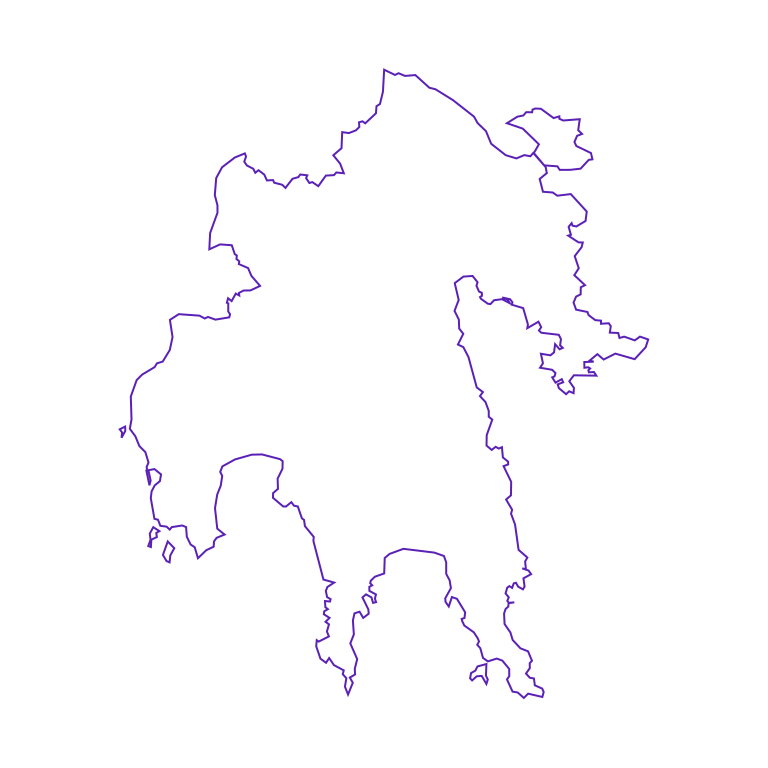 outline of Peloponnisoy, Peloponnisos, Greece, rotated 6°
{"feature_id": "26713481B43531359458460", "entity_name": "Peloponnisoy", "entity_type": "district", "adm_level": 2, "iso_a3": "GRC", "parent_name": "Greece", "parent_adm1": "Peloponnisos", "projection": "equal_earth", "projection_center": [22.613, 37.264], "detail": "fine", "context": "isolated", "style": "outline", "palette": "violet", "viewbox_px": 768, "rotation_deg": 6, "n_neighbors": 0, "source": "geoboundaries", "source_scale": "gbopen_adm2", "svg_char_len": 6155}
<svg xmlns="http://www.w3.org/2000/svg" viewBox="0 0 768 768"><g transform="rotate(6 384 384)"><path d="M164.4,342.6L168.8,359.5L167.4,372.6L161.6,384.8L156.0,387.2L154.1,391.2L142.4,400.0L137.6,406.0L133.5,422.9L136.6,445.6L135.9,455.1L142.2,462.0L147.2,471.3L153.8,476.7L158.0,486.7L156.6,491.5L157.6,494.7L164.6,492.6L171.7,497.2L171.3,504.0L166.6,508.8L164.1,515.0L164.0,521.9L169.8,542.1L173.4,542.6L176.4,548.4L182.7,548.6L186.1,551.2L187.9,548.5L198.2,545.8L202.1,547.0L203.9,556.6L208.5,563.9L212.8,566.1L217.2,576.7L224.6,567.9L231.6,563.6L231.4,558.3L233.6,554.5L241.2,550.4L233.3,545.3L228.9,525.1L229.7,511.3L232.3,502.0L232.7,492.3L230.3,488.5L231.9,482.8L243.7,474.6L259.9,468.1L270.1,466.8L288.5,469.6L291.3,471.4L291.9,478.9L288.1,489.2L289.5,499.4L285.1,504.1L285.5,508.8L296.5,516.3L299.3,516.1L304.2,511.2L307.3,514.5L311.1,514.8L316.4,526.2L318.7,527.5L320.2,533.6L330.1,543.4L330.2,547.5L344.2,584.8L355.2,586.7L348.9,591.8L347.8,595.9L349.7,601.9L353.4,603.6L353.0,606.0L348.0,606.0L349.0,612.1L351.7,613.8L348.3,616.3L348.3,619.3L354.3,622.3L350.7,626.6L354.4,628.8L353.1,636.1L355.6,640.8L346.0,647.0L343.9,645.8L344.0,651.9L349.5,663.8L355.5,667.3L358.1,662.3L363.6,668.8L373.9,673.0L373.3,676.9L377.3,680.5L376.8,689.1L380.7,696.6L384.2,684.4L380.7,679.5L385.6,675.9L384.7,670.3L386.1,660.4L377.6,645.5L380.2,636.2L377.8,622.5L378.6,615.2L383.5,613.0L387.8,618.8L392.8,614.0L392.0,609.8L384.9,598.5L388.1,595.1L393.8,597.5L396.0,602.8L398.9,601.8L397.4,598.4L398.0,594.1L391.1,591.3L390.6,587.3L393.3,585.4L391.1,583.6L391.4,581.0L395.1,576.6L404.0,572.4L402.9,557.0L407.3,552.4L420.5,545.9L451.6,546.4L461.6,548.8L464.5,554.9L465.7,566.3L469.8,572.4L471.9,580.0L467.3,590.8L468.0,594.3L471.7,598.5L473.8,588.8L479.0,590.0L488.6,602.6L488.5,608.3L485.8,609.5L486.6,611.7L489.1,615.8L499.3,621.6L503.8,627.1L505.4,630.1L504.0,633.6L507.4,636.7L511.1,646.1L516.3,649.0L524.8,645.3L530.6,646.7L538.3,654.3L539.1,661.4L537.2,665.0L544.0,676.5L549.2,676.8L555.9,681.6L559.7,676.9L574.2,678.7L575.0,673.6L573.2,670.4L565.5,667.9L563.9,661.2L559.7,660.9L555.5,657.1L558.7,651.4L558.1,646.4L560.1,643.8L555.2,634.8L547.3,632.6L538.7,625.1L535.7,617.9L529.0,610.1L527.4,599.6L528.5,594.9L530.9,592.4L530.8,589.0L536.4,587.5L531.1,588.6L529.3,586.8L530.4,583.1L526.8,579.6L527.8,573.8L529.8,571.9L532.7,573.4L533.9,568.7L536.0,567.9L538.6,571.5L543.6,573.7L545.0,570.8L543.0,562.7L550.2,557.7L547.2,554.4L540.7,552.9L544.5,553.4L542.9,545.8L544.7,541.6L535.2,534.9L529.0,510.0L523.9,499.7L524.6,495.7L517.5,486.1L521.9,481.5L520.7,468.0L511.5,453.2L515.9,451.0L515.5,448.2L509.9,444.6L507.9,434.5L504.9,436.2L501.6,434.8L498.0,438.3L492.4,434.5L491.5,424.1L495.4,408.1L491.6,405.6L491.0,399.8L486.8,391.3L480.7,386.0L483.2,381.7L476.6,377.7L465.2,348.4L459.0,339.0L453.4,337.0L457.6,325.8L453.0,321.0L451.7,312.1L446.5,303.9L449.5,292.6L443.8,276.3L451.7,268.9L460.8,267.3L466.4,273.0L465.7,276.7L468.9,282.2L471.7,283.0L472.2,286.0L470.4,287.5L471.5,289.1L478.8,293.3L481.5,293.4L484.7,289.2L492.5,287.3L500.6,290.5L498.0,287.0L492.5,285.6L500.5,286.5L503.2,289.3L502.8,291.8L514.5,294.0L520.9,309.7L520.7,313.5L531.1,305.9L534.4,311.1L532.5,314.6L535.1,316.6L552.7,316.8L555.3,320.9L555.1,327.1L558.0,329.4L555.0,331.1L550.0,326.5L549.8,334.8L546.5,338.1L536.9,337.5L539.9,346.8L537.5,351.5L549.8,352.3L553.4,355.2L552.8,358.6L550.6,359.8L554.4,364.7L560.3,360.6L562.0,363.6L556.8,366.2L558.3,369.8L566.2,375.1L568.9,371.9L573.5,373.3L573.3,368.0L568.0,361.9L571.9,355.5L594.3,353.5L591.5,350.1L586.6,351.0L585.8,349.0L587.4,347.0L585.4,346.0L581.6,346.9L580.9,341.2L590.2,339.9L586.2,339.1L593.1,332.0L599.9,336.7L610.9,329.6L630.7,333.1L640.4,320.1L642.1,312.1L633.6,310.1L628.9,314.4L617.9,311.8L613.4,313.6L611.6,308.8L603.2,309.3L603.5,302.8L601.2,300.1L593.5,301.4L593.2,298.3L587.4,298.4L580.3,294.1L578.8,291.1L567.3,290.0L564.0,283.2L565.9,277.0L570.2,274.3L569.6,267.2L573.6,264.7L561.9,255.9L565.6,248.5L560.3,236.9L566.2,227.3L566.9,222.5L562.6,222.8L551.7,217.2L554.3,216.1L551.2,208.4L553.8,204.4L554.9,206.8L558.9,207.2L567.4,200.8L567.6,191.3L549.9,175.6L536.7,178.6L531.8,175.9L522.0,176.2L517.4,163.8L523.9,157.2L522.1,151.4L508.3,138.6L505.8,142.2L499.6,141.7L492.1,145.8L481.1,143.7L465.5,133.9L459.0,121.9L449.8,114.7L445.6,108.7L423.1,94.6L404.4,85.5L398.1,84.6L382.9,73.5L372.6,75.4L366.0,73.4L362.6,75.5L351.3,71.4L352.4,93.5L350.7,106.0L347.5,108.5L347.7,115.6L338.1,126.7L335.1,125.0L331.8,126.4L332.6,131.0L329.5,134.7L322.9,138.1L316.1,137.9L317.1,153.9L309.7,161.8L317.3,169.4L322.0,178.6L314.5,178.6L312.4,181.5L304.4,182.8L298.0,194.1L291.6,190.7L288.8,191.9L285.0,187.4L285.9,184.5L278.8,184.4L277.2,187.2L271.5,189.5L265.5,199.3L262.0,196.5L253.8,195.3L252.3,192.8L246.3,193.8L243.0,188.2L236.8,184.5L233.9,187.4L231.5,183.6L224.8,181.0L221.8,177.5L223.0,172.2L221.5,169.2L211.9,174.4L200.3,185.4L195.6,196.7L196.0,213.9L199.7,223.7L200.5,231.1L195.3,252.0L196.2,268.3L206.4,262.3L218.1,261.9L222.0,270.4L224.2,271.6L224.2,275.1L227.2,277.1L227.1,279.9L236.7,282.9L240.9,290.4L250.5,299.4L241.4,304.9L234.6,305.7L230.2,308.6L230.8,311.1L227.1,309.6L223.8,317.5L220.0,315.0L219.2,319.6L220.7,320.1L221.5,328.1L223.6,330.7L223.1,333.9L209.6,337.6L201.9,335.7L198.9,337.6L193.3,335.3L172.6,336.0L164.4,342.6ZM551.0,100.2L534.7,103.2L530.7,101.9L530.4,99.5L524.9,101.8L511.3,93.9L505.8,94.2L503.0,95.6L502.9,98.3L497.0,98.8L494.5,102.4L488.7,104.2L479.0,111.8L495.3,115.5L513.0,129.4L508.9,138.7L520.5,149.8L533.7,149.4L536.4,152.7L547.1,151.5L557.0,149.3L564.2,139.7L567.8,138.8L565.7,132.7L550.4,127.2L548.1,123.4L550.1,117.0L554.8,114.6L550.6,111.3L551.0,100.2ZM515.9,663.4L515.1,651.8L506.5,655.1L504.8,659.5L500.8,662.4L500.4,667.7L502.6,669.6L506.8,665.0L511.7,664.1L517.2,671.6L518.1,667.1L515.9,663.4ZM189.4,583.8L189.4,576.8L192.6,569.2L185.4,563.2L182.0,577.1L186.2,582.8L189.4,583.8ZM176.0,553.8L169.5,550.5L166.7,557.3L168.1,563.3L166.5,569.8L169.2,570.5L168.9,563.1L174.1,560.0L173.1,555.9L176.0,553.8ZM131.6,457.8L131.0,453.4L125.9,456.7L128.6,459.6L128.6,464.9L131.6,457.8ZM161.3,509.3L162.0,504.4L159.0,495.3L156.8,495.2L161.3,509.3Z" fill="none" stroke="#5b21b6" stroke-width="2"/></g></svg>